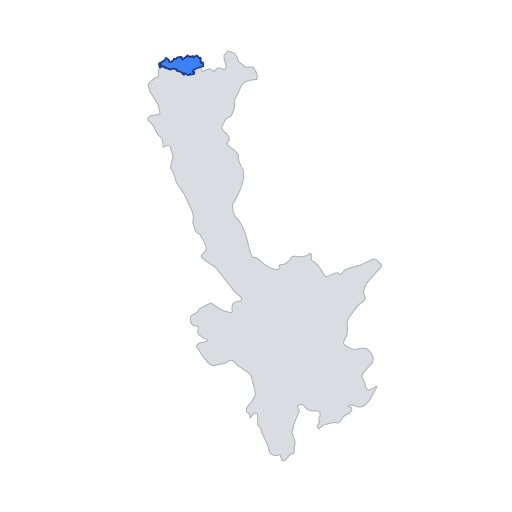 Phouvong, Attapu, Laos (highlighted), rotated 198°
{"feature_id": "54806243B34270486399712", "entity_name": "Phouvong", "entity_type": "district", "adm_level": 2, "iso_a3": "LAO", "parent_name": "Laos", "parent_adm1": "Attapu", "projection": "mercator", "projection_center": [107.075, 14.518], "detail": "fine", "context": "in_parent", "style": "filled", "palette": "blue", "viewbox_px": 512, "rotation_deg": 198, "n_neighbors": 0, "source": "geoboundaries", "source_scale": "gbopen_adm2", "svg_char_len": 9082}
<svg xmlns="http://www.w3.org/2000/svg" viewBox="0 0 512 512"><g transform="rotate(198 256 256)"><path d="M183.5,74.8L185.8,79.1L196.5,90.5L198.4,93.6L202.3,96.0L205.6,106.1L207.0,106.7L208.8,106.0L210.1,104.6L211.2,100.7L211.9,100.3L213.2,103.5L216.1,104.5L217.5,105.9L217.9,108.3L217.4,110.8L214.9,116.6L213.4,124.3L223.8,140.8L228.2,143.1L238.7,145.8L245.7,149.4L249.0,148.5L252.1,144.5L255.9,142.2L262.9,138.6L265.0,138.5L268.8,139.8L275.2,143.9L284.8,151.6L284.5,153.7L282.8,155.7L277.6,158.7L276.0,160.7L277.0,161.4L281.2,161.9L286.3,163.6L287.9,165.6L288.7,170.2L289.6,171.1L294.3,170.6L295.8,171.2L297.4,172.7L299.1,176.4L299.1,179.3L294.4,184.3L293.9,187.3L291.4,190.8L285.0,196.8L283.3,197.2L271.5,193.9L262.1,194.3L261.3,195.6L262.9,199.2L263.4,202.8L261.9,205.5L256.5,209.0L256.3,210.5L257.4,212.1L265.3,215.3L290.3,232.4L301.7,235.7L306.8,237.8L308.1,239.0L308.0,240.5L306.7,242.4L305.6,245.8L305.6,247.8L306.8,249.7L308.8,252.6L315.8,259.1L320.9,260.6L326.3,268.0L327.9,274.5L330.5,278.7L343.5,292.7L354.4,301.2L360.8,310.5L364.0,312.6L365.0,315.9L365.8,325.6L369.6,330.5L370.4,332.4L372.0,333.9L373.8,334.2L377.6,331.0L378.4,331.4L380.1,336.6L381.7,338.4L387.4,341.6L393.5,347.7L396.8,350.0L400.9,351.8L401.4,353.7L400.7,355.7L399.4,357.0L392.3,360.5L391.4,362.1L396.0,369.9L407.8,379.7L411.5,385.5L410.7,388.3L407.4,394.0L405.0,395.5L404.3,397.3L406.2,401.9L405.9,409.0L403.7,410.7L401.6,415.1L400.2,415.4L396.6,413.8L389.0,421.3L385.8,420.9L382.0,425.1L377.1,425.6L373.7,422.5L366.5,417.5L364.0,414.4L361.7,417.1L357.9,419.7L352.6,418.7L351.1,422.5L350.1,423.2L343.6,423.8L342.4,424.4L343.4,427.8L347.3,433.6L348.4,436.9L346.0,442.4L339.3,442.2L336.3,440.0L332.5,435.4L324.0,432.4L318.2,434.5L316.5,434.4L312.2,430.5L310.6,428.0L309.6,424.3L316.1,421.3L319.5,418.9L321.6,416.4L322.5,413.9L323.6,403.1L324.6,399.3L324.0,394.6L322.3,391.0L322.3,385.4L323.2,381.0L325.7,378.7L327.4,375.5L328.5,368.3L327.7,366.5L325.2,364.7L321.1,363.0L318.5,360.9L317.4,358.3L317.5,356.1L318.8,354.1L315.7,352.0L308.2,349.6L304.0,346.7L303.1,343.4L300.0,339.0L294.6,333.6L291.7,325.8L291.5,315.6L292.1,307.3L294.4,297.6L291.3,290.6L287.8,287.0L283.0,284.3L278.4,280.4L274.1,275.3L268.9,267.8L262.8,257.9L258.7,253.5L256.6,254.5L252.2,253.6L245.5,250.7L239.7,249.2L234.7,249.0L231.4,249.6L229.9,251.1L229.8,252.6L231.1,254.1L230.4,255.2L227.8,256.1L225.7,257.7L223.3,261.3L221.7,266.1L219.2,267.9L215.4,268.3L211.6,269.7L207.9,272.0L206.1,273.8L206.3,275.0L205.5,275.2L203.7,274.6L202.9,273.0L203.0,270.5L201.1,268.8L197.2,268.0L192.8,265.3L184.4,258.5L182.5,258.2L179.7,260.0L176.1,263.8L173.2,265.3L170.8,264.5L169.0,265.9L167.7,269.4L165.4,272.1L154.1,279.5L144.0,289.0L141.4,289.9L135.2,287.2L133.3,285.4L141.7,265.9L143.0,261.1L142.7,254.9L139.1,249.7L139.0,248.1L139.5,246.5L143.9,240.5L148.9,224.8L148.6,220.0L146.4,214.6L145.2,209.5L146.1,202.6L145.8,199.9L143.4,198.5L135.7,197.1L131.2,198.3L129.1,200.2L126.5,201.3L121.6,202.0L117.0,199.7L113.1,195.7L112.2,190.8L117.0,180.2L118.2,176.2L118.1,174.3L117.2,172.3L116.1,172.0L113.6,169.5L111.2,165.1L108.9,163.1L106.8,163.5L104.8,165.2L101.6,169.3L100.5,168.8L103.4,154.2L106.1,147.9L109.2,145.1L112.6,143.8L116.1,144.3L119.1,143.8L121.5,142.2L121.3,141.4L118.5,141.2L117.3,139.5L117.9,136.4L119.2,134.4L121.1,133.4L123.0,130.3L124.8,124.9L127.0,122.2L129.6,122.1L134.1,119.8L140.4,115.3L142.8,110.9L145.2,112.9L144.3,118.0L145.5,119.1L146.1,120.9L145.8,123.7L146.3,126.2L147.3,127.3L148.7,127.9L155.3,125.8L159.4,125.7L166.1,129.4L170.1,126.6L170.1,125.6L166.9,122.1L167.9,109.2L167.4,99.4L161.9,92.2L160.8,89.3L160.2,84.5L158.7,80.4L162.6,77.1L164.7,71.1L167.5,69.6L168.4,69.9L171.8,74.4L176.0,72.1L179.3,72.1L182.1,73.3L183.5,74.8Z" fill="#d9dde1" stroke="#a8b0b8" stroke-width="1"/><path d="M364.8,420.0L365.4,420.7L365.4,420.9L365.1,421.0L365.1,421.4L365.1,421.5L365.3,422.1L365.8,422.5L365.6,423.0L366.0,423.5L366.5,423.5L366.9,423.3L367.1,423.5L367.3,423.5L367.7,423.2L367.8,422.8L368.0,422.6L368.6,422.9L368.3,423.2L368.1,423.5L368.4,423.6L368.4,423.8L368.5,424.0L368.5,424.3L368.9,424.4L369.2,424.7L369.1,424.9L369.2,425.1L369.4,426.0L369.3,426.7L369.5,427.3L369.4,427.4L370.0,427.2L370.2,427.3L370.5,427.5L370.6,427.4L370.8,427.3L370.9,427.2L371.0,426.9L371.0,426.6L371.2,426.8L371.6,426.7L371.9,427.4L372.1,427.5L372.4,427.5L372.6,427.7L372.9,427.9L373.2,428.0L373.4,428.2L373.4,428.3L373.5,428.4L373.6,428.1L373.8,428.1L373.9,427.6L374.2,427.6L374.5,428.0L374.6,427.9L374.9,427.8L375.2,427.6L375.4,427.1L375.5,427.0L375.9,426.9L376.2,426.9L375.9,426.2L376.1,425.7L376.4,425.4L376.7,425.5L376.9,425.8L377.6,425.7L377.8,425.9L377.9,426.5L378.3,426.6L378.3,426.2L378.9,425.5L379.3,425.4L379.6,425.5L380.0,425.7L380.2,424.8L380.4,424.9L380.5,424.8L380.8,424.9L381.2,425.0L381.7,425.2L381.9,425.2L382.1,425.4L382.3,425.7L382.7,425.6L383.2,425.6L383.6,424.7L383.3,424.5L383.6,423.7L384.1,423.7L384.3,423.9L384.6,423.2L384.9,422.6L385.1,422.5L385.2,422.1L385.4,422.0L385.5,421.8L385.9,421.6L386.0,421.4L386.4,421.3L386.4,421.1L386.4,420.9L386.2,420.7L386.2,420.4L386.1,420.1L386.2,419.9L386.3,419.9L386.7,420.3L387.1,420.3L387.4,420.8L387.7,420.9L387.8,421.1L387.6,421.3L387.8,421.9L388.0,422.1L388.4,422.3L388.7,422.2L388.9,422.1L389.1,422.3L389.5,422.1L389.6,421.8L390.0,421.7L390.1,421.3L390.4,421.3L390.5,421.4L390.7,421.1L391.1,421.1L391.1,421.3L391.3,421.3L391.5,421.1L391.8,420.9L391.8,420.6L392.0,420.4L392.3,420.4L392.4,420.2L392.5,420.1L392.7,419.8L392.7,419.1L392.9,418.6L393.1,418.4L393.2,418.2L393.5,418.2L393.6,418.5L393.9,418.3L394.1,418.5L394.3,418.6L394.8,418.4L395.1,418.1L395.0,417.8L395.1,417.3L395.0,417.2L395.0,416.8L395.2,416.4L395.3,415.9L395.5,415.9L395.8,416.0L395.9,415.9L396.1,415.7L396.3,415.2L396.2,415.1L396.1,414.8L396.5,414.6L396.3,414.3L396.6,414.3L396.7,414.1L396.9,414.0L397.5,413.9L397.7,414.0L398.1,413.8L398.5,414.1L398.7,414.4L399.2,414.5L399.2,414.8L399.3,414.8L399.5,414.9L399.6,415.1L399.5,415.4L399.7,415.7L399.9,415.9L400.0,415.9L400.0,416.0L400.3,416.0L400.5,416.1L400.8,416.0L400.8,415.9L401.3,416.2L401.7,416.3L401.9,416.5L402.6,416.7L403.1,416.4L403.1,416.2L402.9,416.0L403.1,415.8L403.0,415.6L403.3,415.0L403.4,414.4L403.3,414.2L403.2,414.1L403.4,413.8L403.7,413.9L403.8,413.6L403.5,413.2L403.6,412.9L403.9,412.5L404.3,412.4L404.5,412.4L404.7,412.5L405.1,412.3L405.0,412.0L405.2,411.8L405.4,411.8L405.6,411.6L405.9,411.4L406.0,411.0L406.2,410.8L406.1,410.6L406.2,410.0L406.3,410.0L406.5,409.8L406.7,409.6L406.9,409.8L407.2,409.7L407.5,409.8L407.6,409.5L407.6,409.1L407.4,408.7L407.5,408.5L407.5,408.3L407.0,408.3L406.6,408.1L406.1,408.3L406.0,408.0L406.2,407.8L406.2,407.7L406.5,407.6L406.7,407.3L406.9,407.1L406.5,406.6L406.5,406.4L406.4,406.4L406.4,406.1L406.2,406.0L405.9,406.0L405.8,405.6L405.5,405.6L405.4,405.6L405.5,405.9L405.1,406.4L405.1,406.7L404.7,406.8L404.4,406.8L404.3,407.0L404.3,407.4L404.0,407.0L403.7,406.8L403.5,407.2L403.4,407.3L403.2,407.4L403.1,407.5L403.2,407.8L402.8,407.7L402.6,407.7L402.4,407.4L402.3,407.5L402.0,407.6L401.8,407.8L401.6,407.7L401.0,407.3L401.0,407.1L400.5,407.0L400.5,406.8L400.3,406.9L400.0,406.8L399.8,407.3L399.3,406.9L399.2,406.9L398.9,406.9L398.8,407.1L398.6,407.3L398.4,407.2L398.1,406.9L397.9,407.0L397.7,406.8L397.4,406.8L397.2,406.7L397.1,406.8L396.8,407.1L396.6,407.2L396.6,406.8L396.5,406.7L396.3,406.8L396.1,406.7L396.0,406.8L396.0,407.0L395.8,407.0L395.4,407.2L395.1,407.5L394.9,407.6L394.6,407.8L394.5,407.7L394.4,407.4L394.3,407.7L394.3,407.9L393.9,408.0L393.5,408.4L393.5,408.6L393.3,408.7L393.2,408.6L393.1,408.4L392.9,408.3L392.6,408.5L392.4,408.3L392.3,408.5L392.1,408.6L391.9,408.7L392.1,408.9L391.8,408.8L391.2,409.1L391.0,408.9L390.8,409.1L390.7,409.2L390.3,409.4L389.9,409.2L389.8,408.9L389.6,409.0L389.4,408.7L389.2,408.5L388.9,408.7L389.0,408.0L389.0,407.9L388.6,407.8L388.3,407.6L388.2,407.5L387.7,407.5L387.7,407.4L387.3,407.4L387.2,407.5L387.0,407.8L386.9,407.9L386.7,407.9L386.5,408.2L385.7,407.6L385.4,407.6L385.1,407.9L384.9,407.9L384.6,407.9L384.4,407.9L384.2,407.7L383.7,407.8L383.5,407.6L383.1,407.6L383.0,407.3L382.9,407.2L382.7,407.2L382.5,407.4L382.4,407.4L382.5,407.2L382.5,406.8L382.4,406.6L382.1,406.9L381.6,407.2L381.4,407.2L381.7,406.8L381.7,406.7L381.4,406.2L381.1,406.1L380.9,406.4L380.7,406.0L380.3,406.1L380.4,406.3L380.5,406.4L380.6,407.0L380.3,407.7L380.0,408.1L379.7,408.1L379.4,407.9L379.1,407.8L378.6,407.2L378.3,407.3L377.9,407.3L377.6,407.0L377.3,406.9L377.0,407.2L376.6,407.2L376.4,407.3L376.2,407.3L376.1,407.1L375.6,407.2L375.5,407.3L375.7,407.5L375.0,407.9L375.0,408.3L375.1,408.6L375.1,408.8L374.9,409.0L374.3,408.3L373.4,408.6L372.1,409.3L371.6,409.7L371.5,409.8L371.4,409.8L371.4,410.0L371.3,410.4L371.0,410.4L371.0,410.6L371.1,410.8L371.2,411.2L371.6,411.4L371.8,411.5L372.0,411.3L372.2,411.5L372.0,411.8L372.4,411.8L372.6,411.9L373.4,411.5L373.5,411.6L373.2,412.1L373.1,412.3L373.0,412.5L372.5,412.8L372.5,413.3L372.5,413.6L372.8,413.6L372.5,414.2L372.0,414.7L371.8,414.7L371.4,415.2L371.2,415.2L371.0,415.6L369.9,416.5L369.5,416.9L369.3,417.0L369.1,417.3L368.9,417.4L368.7,417.6L368.3,417.6L364.8,420.0Z" fill="#3b82f6" stroke="#1e3a8a" stroke-width="1.5"/></g></svg>